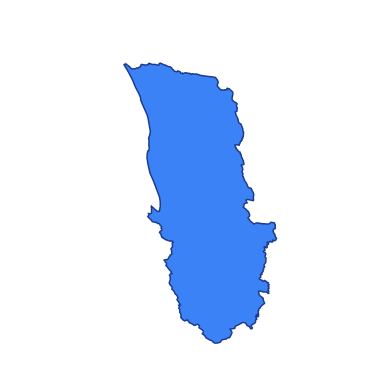 Phookood, Xiangkhoang, Laos (Equal Earth projection), rotated 131°
{"feature_id": "54806243B98354561881715", "entity_name": "Phookood", "entity_type": "district", "adm_level": 2, "iso_a3": "LAO", "parent_name": "Laos", "parent_adm1": "Xiangkhoang", "projection": "equal_earth", "projection_center": [103.008, 19.594], "detail": "fine", "context": "isolated", "style": "filled", "palette": "blue", "viewbox_px": 384, "rotation_deg": 131, "n_neighbors": 0, "source": "geoboundaries", "source_scale": "gbopen_adm2", "svg_char_len": 5977}
<svg xmlns="http://www.w3.org/2000/svg" viewBox="0 0 384 384"><g transform="rotate(131 192 192)"><path d="M228.6,64.1L228.0,64.8L227.0,67.0L225.5,68.6L225.7,72.9L225.3,74.1L223.6,76.3L223.1,76.6L221.9,75.5L220.8,72.7L218.9,70.5L218.5,69.2L218.6,68.1L218.2,67.6L217.2,68.7L216.9,68.7L216.7,69.4L216.3,69.5L216.3,70.0L215.8,70.0L215.5,70.6L215.0,70.6L214.8,71.0L214.2,70.8L213.7,71.7L213.1,71.8L213.0,73.0L212.6,73.3L211.8,72.9L211.3,73.2L211.1,75.0L210.5,75.1L210.9,76.0L210.8,77.3L211.1,78.9L211.5,78.7L211.7,79.2L212.9,80.0L212.5,80.8L213.2,82.4L213.5,84.3L212.3,84.6L211.2,84.2L210.6,84.9L209.9,85.2L209.2,86.3L208.1,85.3L207.7,86.1L207.3,86.2L205.4,86.2L204.3,87.2L203.5,87.1L203.0,87.7L201.8,88.1L200.8,88.0L200.6,89.0L199.5,89.9L196.9,90.1L193.4,92.7L193.1,93.1L193.1,94.1L192.5,95.0L191.1,95.2L190.3,95.7L189.7,97.2L190.3,98.2L190.0,99.1L189.0,99.2L188.1,98.7L186.3,101.4L185.5,101.1L185.5,99.8L185.2,99.1L184.4,99.0L183.9,99.4L183.6,100.2L183.1,100.2L182.5,100.8L181.5,100.1L181.0,100.1L180.9,102.2L180.5,102.2L179.7,101.1L177.8,100.4L177.9,99.6L176.9,98.5L176.5,98.6L175.8,99.3L175.2,99.4L174.9,98.0L174.2,97.5L173.2,97.3L171.5,97.8L171.1,99.8L170.6,100.6L170.2,100.8L170.1,101.4L169.5,101.9L169.1,104.0L168.5,104.6L168.2,105.5L166.2,105.9L164.8,105.1L164.2,106.1L162.1,107.7L161.3,109.7L163.1,112.6L165.0,112.7L166.5,113.7L169.1,117.4L169.7,117.8L170.5,119.5L171.3,120.2L171.8,121.7L173.3,123.2L175.5,124.2L175.7,129.5L175.1,130.7L175.0,132.4L174.5,133.0L172.8,132.7L171.6,133.3L170.7,134.6L170.3,136.0L169.8,136.4L169.8,137.7L170.0,138.0L169.6,139.5L169.9,143.3L169.2,143.2L168.4,144.0L167.5,144.2L166.7,144.8L166.0,144.6L164.0,143.3L163.8,144.1L162.6,145.9L161.0,145.0L158.6,140.5L158.3,140.1L157.9,140.1L155.5,142.4L153.5,143.6L152.7,144.6L150.6,149.5L150.5,149.9L151.5,152.0L151.5,153.0L149.7,156.6L148.9,159.8L146.7,163.5L146.8,164.0L146.1,164.8L144.5,165.8L144.2,167.2L143.9,167.6L142.1,168.2L141.0,169.2L140.3,170.2L139.7,172.3L139.0,172.5L137.8,171.2L137.2,171.0L136.2,171.7L136.0,172.3L134.7,173.7L134.5,174.7L133.6,176.1L133.1,177.8L131.7,179.3L131.6,180.4L130.9,180.8L130.8,181.5L130.4,181.9L130.7,182.3L130.8,183.4L130.6,184.0L130.8,184.9L130.4,185.3L130.5,185.9L130.2,186.8L130.3,187.6L129.6,187.9L129.1,189.7L128.5,190.5L127.0,189.3L125.8,187.2L125.5,187.6L124.7,187.5L122.2,188.4L121.6,188.2L121.3,188.6L121.0,188.3L119.7,188.4L119.0,189.1L118.3,188.9L117.7,189.8L116.6,189.6L113.1,192.2L112.0,194.3L110.9,195.3L108.6,199.7L108.9,200.4L108.9,202.4L107.0,204.9L106.1,206.5L105.0,209.4L103.1,211.9L101.8,211.2L101.3,211.3L98.7,213.1L98.5,214.1L97.6,215.2L95.9,215.8L95.7,217.0L96.3,219.4L96.1,222.0L95.8,222.7L91.3,225.4L89.8,226.9L89.8,229.9L89.6,231.2L90.5,233.4L91.0,233.5L92.1,232.7L93.5,234.5L94.6,235.0L95.3,236.5L95.9,236.9L96.1,237.7L95.4,242.3L95.0,242.9L92.0,244.2L90.9,246.0L90.2,249.3L90.4,250.0L98.1,261.5L100.1,266.3L101.3,267.2L102.6,269.4L103.7,269.7L103.6,270.3L104.0,270.8L104.0,271.6L105.0,272.7L105.9,274.7L106.9,275.6L108.6,276.3L108.4,277.1L109.2,277.5L109.7,278.3L109.1,279.8L109.9,282.2L111.3,282.3L112.5,285.1L112.1,286.1L112.1,287.8L111.7,288.9L111.8,290.4L113.3,293.1L113.4,294.6L114.1,296.0L115.6,300.5L116.5,301.0L117.5,300.4L118.4,300.5L119.7,303.2L121.8,305.7L122.9,308.7L123.7,309.1L124.3,308.6L124.8,308.7L126.9,310.6L128.8,313.8L129.7,313.9L131.1,313.2L133.6,314.0L134.8,315.2L136.1,315.6L137.7,317.2L138.3,317.5L138.6,318.7L138.4,322.6L138.7,324.2L138.6,325.6L138.9,325.4L140.0,326.9L140.6,326.8L143.0,319.2L146.3,310.8L150.1,303.1L152.7,296.4L154.7,292.6L156.1,291.2L157.8,288.1L163.0,276.9L165.2,273.5L173.6,263.2L176.9,261.2L179.8,260.1L181.7,257.9L185.2,255.1L186.9,253.1L189.2,251.8L189.9,252.3L192.8,250.7L195.9,248.2L199.8,243.6L204.6,237.1L205.7,235.3L209.0,228.2L217.0,213.5L219.4,210.4L222.3,207.7L224.0,206.3L227.9,204.1L229.3,205.1L229.5,207.1L229.3,213.3L230.1,212.9L230.8,211.9L234.5,208.7L235.8,209.3L236.8,210.7L237.4,209.6L239.6,209.2L240.1,203.5L240.4,202.6L239.3,200.2L238.3,198.9L238.4,197.2L237.8,196.8L237.3,195.8L238.0,194.3L238.1,192.5L238.5,191.9L239.6,191.7L239.7,190.7L240.8,189.8L242.8,190.2L243.9,190.0L244.0,189.4L243.8,189.1L244.1,188.5L244.2,187.7L244.8,186.7L245.3,186.4L245.9,184.9L245.7,184.4L245.6,184.1L245.4,183.8L245.7,183.6L245.2,180.4L243.4,176.2L242.4,175.4L242.3,174.5L242.0,174.4L242.2,173.3L243.0,173.6L243.9,173.1L245.9,170.9L248.6,170.6L249.4,169.6L249.9,168.6L250.8,167.9L251.6,166.8L252.2,166.6L253.8,167.1L254.8,166.5L255.2,166.8L258.2,166.2L259.3,166.4L260.8,167.9L261.7,168.3L261.9,167.0L262.3,166.3L262.4,164.7L263.5,163.6L264.5,163.6L264.8,161.3L265.4,159.3L265.7,155.7L266.6,154.9L266.7,153.6L267.9,154.5L269.6,154.4L270.5,152.4L271.8,151.7L272.4,150.7L274.2,150.3L275.8,149.3L276.6,146.9L276.4,145.4L276.6,144.8L278.6,143.4L278.4,141.6L278.9,140.5L279.1,139.5L280.0,137.8L279.8,135.8L280.9,133.3L283.1,132.7L284.8,126.6L286.2,127.8L286.8,126.3L288.3,125.8L288.7,124.2L290.8,122.4L291.4,120.5L292.6,119.0L293.7,118.4L294.2,117.6L294.4,114.3L294.0,112.8L293.1,112.7L292.3,111.8L291.6,111.6L292.4,108.0L291.9,107.1L291.6,105.5L291.1,104.8L291.4,104.0L291.2,102.8L290.1,101.9L289.0,101.7L288.3,101.1L288.0,100.1L288.4,98.4L289.8,97.7L289.3,93.0L289.6,92.0L290.7,91.4L292.3,91.2L292.0,88.3L292.6,86.7L292.8,85.5L291.9,81.1L291.3,79.5L291.1,78.5L291.4,77.7L291.1,75.7L289.3,73.7L286.9,72.2L283.9,72.4L280.4,69.7L278.5,69.3L277.4,68.2L276.8,68.1L272.4,69.3L271.5,70.1L271.1,70.9L270.9,72.6L270.5,73.3L267.1,70.4L266.5,70.3L266.0,71.0L263.6,70.9L262.2,70.0L257.5,68.3L256.6,67.6L255.8,65.7L255.9,64.8L256.6,63.2L256.6,62.6L255.9,60.6L256.4,59.2L256.6,57.8L255.9,57.1L254.9,57.3L254.4,59.4L253.2,59.7L249.9,58.6L248.1,58.9L247.2,59.9L246.3,60.1L245.6,59.7L245.0,60.7L243.9,61.1L244.4,61.7L244.3,62.3L243.1,62.4L242.8,62.1L242.4,62.8L241.9,62.6L242.5,62.1L242.4,61.7L243.0,61.6L243.0,60.7L242.5,60.3L241.9,60.4L241.6,60.9L240.5,61.6L238.4,64.1L237.6,63.9L236.2,65.0L235.0,64.5L233.5,64.9L230.0,64.6L228.6,64.1Z" fill="#3b82f6" stroke="#1e3a8a" stroke-width="1.5"/></g></svg>